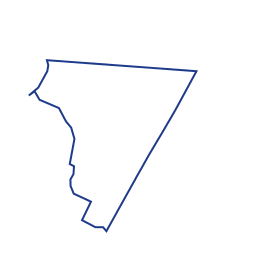 Dillon, South Carolina, United States of America (Equal Earth projection), rotated 71°
{"feature_id": "52423323B8509439867450", "entity_name": "Dillon", "entity_type": "district", "adm_level": 2, "iso_a3": "USA", "parent_name": "United States of America", "parent_adm1": "South Carolina", "projection": "equal_earth", "projection_center": [-79.33, 34.426], "detail": "fine", "context": "isolated", "style": "outline", "palette": "blue", "viewbox_px": 256, "rotation_deg": 71, "n_neighbors": 0, "source": "geoboundaries", "source_scale": "gbopen_adm2", "svg_char_len": 639}
<svg xmlns="http://www.w3.org/2000/svg" viewBox="0 0 256 256"><g transform="rotate(71 128 128)"><path d="M37.5,182.6L42.6,182.9L48.0,185.8L60.6,199.7L65.0,211.2L62.8,204.4L72.6,202.4L86.7,186.8L99.7,184.8L102.1,184.3L109.1,181.6L120.9,182.2L143.1,194.8L146.6,191.5L153.9,194.6L157.9,199.2L164.2,201.2L172.4,200.7L185.6,187.0L200.2,201.5L211.2,191.1L213.7,183.9L218.5,182.0L195.3,156.2L192.6,153.2L180.0,139.1L179.6,138.6L177.3,136.2L172.1,130.3L171.9,130.0L162.6,119.6L161.0,117.8L149.1,103.8L142.7,96.2L137.4,90.1L136.8,89.4L134.8,87.0L126.1,77.0L96.6,44.8L71.3,103.7L37.5,182.6Z" fill="none" stroke="#1e3a8a" stroke-width="2"/></g></svg>